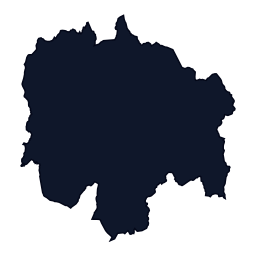 Tu Mo Rong, Kon Tum, Vietnam
{"feature_id": "81297802B16541954250717", "entity_name": "Tu Mo Rong", "entity_type": "district", "adm_level": 2, "iso_a3": "VNM", "parent_name": "Vietnam", "parent_adm1": "Kon Tum", "projection": "equal_earth", "projection_center": [107.945, 14.888], "detail": "fine", "context": "isolated", "style": "filled", "palette": "ink", "viewbox_px": 256, "rotation_deg": 0, "n_neighbors": 0, "source": "geoboundaries", "source_scale": "gbopen_adm2", "svg_char_len": 5738}
<svg xmlns="http://www.w3.org/2000/svg" viewBox="0 0 256 256"><path d="M24.4,64.4L25.4,66.0L25.4,66.8L25.7,68.0L25.2,69.5L24.6,72.2L24.6,74.3L23.8,78.3L22.2,83.6L22.2,84.5L22.8,86.2L24.8,90.1L25.1,91.3L25.2,92.9L24.2,95.9L24.4,96.8L25.4,97.5L28.2,100.5L28.5,102.1L29.0,102.6L28.6,103.7L28.8,106.0L29.7,107.0L30.5,108.5L30.4,110.1L31.0,111.4L30.8,112.7L31.7,114.1L30.1,115.6L30.1,116.4L29.0,118.0L29.0,120.9L27.6,121.8L27.1,122.6L26.8,123.9L26.7,125.4L26.3,126.5L26.5,129.8L27.6,130.5L28.7,131.8L30.4,131.7L31.9,134.6L31.7,135.3L31.3,135.9L30.9,138.2L29.9,139.0L29.9,140.1L29.3,140.5L28.9,142.1L28.3,142.9L26.4,143.9L24.0,143.0L23.1,144.4L24.7,144.8L25.1,145.7L25.6,148.0L25.2,151.8L24.0,153.4L24.2,155.6L23.7,156.5L23.6,157.2L21.9,159.1L21.8,161.3L22.6,163.7L21.1,165.6L21.3,166.2L22.0,166.3L22.8,165.8L24.1,165.9L24.2,165.4L23.8,163.9L23.9,163.4L24.2,163.5L25.0,164.7L26.7,164.0L31.2,159.4L33.2,160.3L33.7,161.0L34.0,162.1L34.3,162.3L34.9,162.1L35.2,163.4L35.7,163.3L36.4,162.1L36.7,161.9L36.9,162.1L37.2,163.7L37.6,163.3L39.7,164.0L40.0,165.4L39.4,166.2L39.6,168.0L39.2,170.2L40.3,175.2L39.8,176.2L42.7,192.7L43.3,193.8L43.8,195.5L44.4,196.2L46.9,197.6L50.1,200.2L53.4,200.8L54.8,201.5L56.1,201.5L59.2,202.2L65.4,205.4L67.2,205.5L70.7,208.0L71.6,207.0L76.0,203.8L78.1,200.9L78.1,200.5L77.9,199.8L79.2,197.9L79.8,195.1L83.8,190.3L84.3,190.1L84.8,188.9L85.3,188.7L85.6,188.1L85.8,186.6L86.4,185.9L89.2,184.8L90.4,185.6L91.3,185.5L93.1,183.7L94.7,181.6L98.5,183.6L98.5,185.4L97.6,189.0L97.3,193.5L97.5,195.8L96.7,196.6L96.2,198.0L96.3,199.7L96.9,202.1L97.3,202.8L96.9,204.4L97.3,206.0L97.3,208.5L96.5,209.4L96.5,210.4L95.8,210.7L95.4,211.7L94.5,212.4L94.3,213.9L92.0,219.2L98.7,219.3L100.3,219.8L101.5,222.8L105.7,230.6L107.6,232.9L112.2,237.0L110.3,240.6L114.6,238.8L117.6,233.3L123.3,232.7L124.8,233.6L126.2,232.1L128.0,230.7L128.3,230.9L129.9,234.0L130.7,234.2L131.8,233.9L132.5,233.1L133.7,233.5L134.1,232.2L134.0,230.4L134.2,229.4L134.8,228.5L136.7,230.8L137.5,231.2L142.0,230.6L146.4,228.3L146.8,227.7L147.3,225.9L148.0,225.3L148.4,223.8L148.4,222.8L147.6,220.8L148.4,219.4L148.4,218.4L148.2,217.6L147.3,216.5L147.2,215.9L148.0,214.4L148.0,212.7L148.8,211.7L149.3,210.4L148.7,208.5L147.5,207.1L146.2,206.4L146.2,205.4L147.2,204.7L147.3,203.5L147.0,203.2L146.0,203.3L145.7,202.9L145.1,201.2L145.3,200.0L145.9,199.0L146.5,197.5L148.3,196.4L149.6,196.4L151.4,195.7L155.0,192.5L155.2,191.4L154.6,189.5L155.5,187.5L156.5,187.2L156.8,185.8L157.4,184.8L158.6,184.5L159.0,183.6L160.1,182.8L160.8,182.9L161.7,184.0L162.4,183.1L164.0,182.5L166.2,181.1L166.4,180.2L165.6,179.0L165.6,177.0L165.2,175.9L167.7,172.9L168.7,172.3L171.7,172.4L172.8,173.0L174.6,176.7L175.3,177.5L175.3,178.1L174.7,179.1L175.4,179.8L175.8,181.2L176.2,181.5L177.3,181.6L178.3,183.0L178.5,183.8L179.3,184.6L179.8,184.5L182.0,185.5L183.5,184.7L188.9,180.9L189.9,180.4L190.5,179.8L191.0,179.7L192.4,180.2L193.2,180.2L194.0,179.7L195.9,177.8L197.3,177.7L198.5,176.4L200.5,176.4L201.0,177.3L201.2,181.0L202.9,181.9L203.1,184.0L204.1,185.7L204.2,187.8L205.2,189.5L205.2,191.0L206.0,192.2L205.6,195.5L208.8,195.9L210.3,196.7L211.9,194.7L212.4,194.4L215.1,193.6L217.2,193.9L218.5,194.4L218.8,196.3L219.1,196.6L223.0,195.9L223.7,197.6L225.2,198.5L224.8,196.4L224.9,194.8L223.5,192.0L223.8,189.4L223.4,186.9L225.0,183.7L225.9,177.2L227.0,175.0L226.9,173.3L229.0,171.4L229.3,170.7L229.2,168.8L229.9,167.3L229.4,166.5L227.5,166.4L226.7,165.9L226.2,165.3L225.8,163.2L224.2,161.6L223.0,154.1L224.2,150.7L223.8,149.7L223.3,149.1L223.2,147.0L223.4,144.8L224.1,142.7L224.3,141.4L224.1,140.8L223.0,140.0L223.9,139.3L224.3,138.7L219.4,136.9L218.7,134.0L217.9,132.7L217.4,131.1L216.6,130.4L216.6,129.9L217.0,128.3L218.1,126.0L219.3,125.7L220.6,124.7L221.5,123.3L221.7,122.3L221.1,120.2L221.2,119.7L221.5,119.3L222.8,119.0L223.7,118.1L224.3,116.4L224.6,114.6L227.9,115.4L231.8,113.9L232.3,113.2L232.4,111.7L233.0,111.0L234.7,109.9L234.9,108.5L232.5,105.4L232.6,104.8L233.2,103.7L232.9,102.5L234.0,102.0L234.1,100.8L233.3,99.2L232.5,98.5L232.0,97.5L231.4,97.1L231.5,94.9L229.8,94.3L229.8,93.4L229.4,92.4L227.3,91.8L225.6,90.3L224.6,88.6L224.6,87.3L224.2,86.3L222.7,84.7L222.0,83.6L221.3,80.7L220.6,79.3L216.4,73.9L215.0,73.8L212.4,74.5L208.9,77.9L207.5,78.4L206.3,80.4L205.0,80.3L202.5,79.5L201.0,79.8L199.5,79.3L198.1,80.1L195.7,80.4L194.9,78.9L195.0,78.1L194.8,77.2L195.2,72.0L193.3,70.2L192.7,69.1L191.4,68.8L189.3,67.7L187.8,67.5L185.0,68.7L181.9,67.5L172.8,49.7L167.0,47.3L164.9,47.0L161.9,45.6L160.0,45.5L158.9,44.2L156.2,42.5L155.2,43.6L151.4,45.9L150.5,44.0L148.4,42.5L146.7,42.7L145.8,43.5L143.4,43.7L142.6,44.9L141.9,45.3L141.0,45.0L140.7,44.2L139.2,43.0L138.8,41.6L137.2,39.3L137.0,36.9L135.7,36.4L134.7,36.6L133.7,35.6L132.0,34.8L130.8,34.8L131.1,34.0L130.8,33.5L130.0,33.1L129.6,31.6L128.0,29.8L127.0,28.2L125.8,23.1L125.0,21.8L124.1,19.3L123.5,15.4L120.1,17.1L118.2,18.6L117.5,21.6L116.3,23.3L116.3,24.6L116.5,26.3L115.6,26.9L115.3,28.0L115.8,29.2L116.8,29.3L117.5,30.6L117.0,34.7L116.5,35.7L116.3,37.0L114.8,39.8L103.4,40.7L102.0,41.7L101.1,42.0L98.9,44.2L94.3,45.6L95.0,44.0L95.0,40.8L96.0,39.1L95.8,37.0L95.4,35.9L95.3,34.5L94.2,33.6L93.6,31.5L91.7,31.1L88.0,22.4L86.8,22.9L86.7,23.6L87.2,24.6L86.2,25.2L85.1,27.8L84.0,27.1L83.4,27.4L83.0,29.3L82.3,30.8L82.3,32.2L80.9,33.8L80.4,33.4L79.7,31.9L78.7,33.6L76.7,32.8L75.9,32.0L75.0,30.2L72.9,29.2L72.0,30.1L70.8,30.3L69.9,31.6L69.3,31.9L67.2,31.8L66.0,31.0L64.9,30.7L62.6,30.4L60.8,30.6L60.5,30.9L60.1,32.3L59.5,33.4L57.9,34.8L55.7,38.5L54.4,37.3L53.9,38.5L52.5,40.5L49.6,41.5L47.4,41.5L45.3,41.0L44.4,40.5L43.3,39.1L41.6,38.5L41.1,37.9L38.7,38.5L37.6,40.4L37.6,42.8L36.7,44.1L36.2,45.7L36.7,48.4L36.4,49.8L31.9,54.7L28.8,54.8L28.0,55.4L26.9,57.4L25.7,62.4L24.4,64.4Z" fill="#0f172a" stroke="#020617" stroke-width="1.5"/></svg>